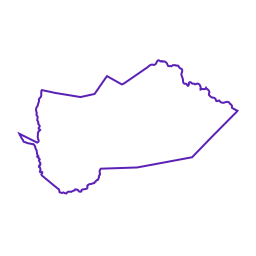 outline of Baianópolis, Bahia, Brazil, rotated 274°
{"feature_id": "56859067B57298755452364", "entity_name": "Baianópolis", "entity_type": "district", "adm_level": 2, "iso_a3": "BRA", "parent_name": "Brazil", "parent_adm1": "Bahia", "projection": "orthographic", "projection_center": [-44.418, -12.672], "detail": "fine", "context": "isolated", "style": "outline", "palette": "violet", "viewbox_px": 256, "rotation_deg": 274, "n_neighbors": 0, "source": "geoboundaries", "source_scale": "gbopen_adm2", "svg_char_len": 4240}
<svg xmlns="http://www.w3.org/2000/svg" viewBox="0 0 256 256"><g transform="rotate(274 128 128)"><path d="M159.8,39.4L158.9,39.0L157.7,39.0L156.4,39.0L155.3,39.2L154.3,39.2L153.4,39.0L152.4,38.5L151.4,37.7L150.6,37.1L150.0,37.1L149.3,37.3L148.4,37.3L147.5,37.1L146.6,36.9L145.5,36.5L144.7,36.5L144.0,36.4L143.0,35.8L142.1,35.3L141.1,35.1L140.0,34.9L139.2,35.0L138.3,35.4L137.2,35.7L136.6,36.0L135.9,35.8L135.0,35.7L133.9,36.2L133.2,37.0L132.1,37.1L131.0,37.0L130.2,36.9L129.4,36.9L128.8,37.4L128.0,37.9L126.9,38.2L126.0,38.1L125.4,38.6L124.8,39.2L124.2,39.6L123.3,39.8L122.5,39.3L121.8,38.9L121.0,39.0L120.6,39.7L120.0,40.5L119.5,40.0L118.9,39.8L118.6,39.1L117.7,38.9L116.7,38.4L115.7,38.6L114.9,38.6L114.0,38.6L113.1,38.5L112.0,38.7L111.2,39.0L110.4,39.2L109.6,39.7L108.2,39.7L107.5,39.1L107.1,38.4L114.7,20.0L113.6,20.6L112.5,21.4L111.4,22.0L110.4,22.6L109.5,23.3L108.5,24.2L107.4,24.6L106.8,25.3L106.7,26.2L106.5,27.1L106.2,27.8L106.0,28.5L105.7,29.8L105.7,31.2L105.5,32.1L105.3,33.3L105.3,34.8L104.6,35.5L104.0,36.1L102.9,36.7L101.8,36.9L101.2,37.3L100.3,37.6L99.6,38.3L98.3,38.6L97.1,38.9L95.8,39.1L95.2,39.4L94.2,39.7L93.7,40.5L92.9,40.6L92.7,39.9L91.9,40.8L91.3,41.6L90.4,42.1L89.6,41.4L88.5,41.9L87.5,42.4L86.9,43.0L85.8,43.2L85.2,42.5L84.4,42.7L83.7,41.8L83.0,41.9L82.4,42.8L81.4,43.4L80.2,43.5L79.2,43.7L78.6,43.1L77.9,43.4L77.9,44.2L77.9,45.5L76.8,45.5L75.7,44.8L74.7,45.3L64.4,59.7L63.9,60.5L62.9,61.9L61.9,63.4L59.1,64.3L58.6,66.5L58.8,67.3L59.2,67.9L59.0,68.7L58.6,69.5L58.5,70.2L58.4,71.1L59.8,72.0L60.3,72.9L60.3,73.9L60.5,74.7L60.3,75.7L60.9,76.6L61.3,77.4L61.8,78.3L62.1,79.2L63.0,79.5L63.1,80.5L62.9,81.3L62.8,82.2L62.1,82.8L61.3,83.4L61.2,84.3L61.1,85.0L61.5,85.9L62.3,85.9L63.0,86.1L63.4,86.8L63.7,87.9L64.0,89.1L64.3,90.3L64.7,91.2L65.3,91.6L66.2,91.7L67.4,91.4L68.1,91.7L68.5,92.4L69.2,93.2L69.4,94.0L69.5,94.7L69.7,95.6L70.2,96.3L70.4,97.2L70.7,98.2L71.6,98.5L72.2,99.4L73.2,99.9L73.9,100.7L74.3,101.7L75.2,101.9L75.9,102.2L77.0,102.5L77.8,102.3L78.5,102.5L79.1,103.0L79.8,103.3L80.8,103.2L81.4,102.9L82.3,102.8L83.4,102.7L84.4,103.1L85.5,103.7L89.3,140.1L89.9,142.2L90.3,143.9L103.3,194.0L123.2,210.7L147.6,231.7L151.0,234.7L152.8,236.0L153.1,235.4L153.4,234.4L154.0,233.4L154.4,232.5L154.8,231.4L155.3,230.4L156.1,230.2L156.9,230.2L157.7,230.0L158.4,229.3L159.0,228.6L159.4,227.8L160.4,227.2L160.9,226.5L161.0,225.6L160.9,224.5L160.3,222.7L159.8,221.6L159.8,220.6L160.0,219.3L160.6,218.2L161.3,217.5L161.8,217.0L161.5,216.1L161.0,215.1L161.1,214.2L162.0,213.7L163.2,213.2L163.7,212.6L164.2,211.5L164.2,210.4L164.4,209.4L165.0,208.3L165.7,207.5L166.3,206.7L167.0,206.4L167.8,206.4L168.6,206.5L169.4,206.7L170.3,206.4L171.0,205.9L171.6,205.3L172.0,204.7L172.5,204.1L172.8,203.4L173.5,203.0L172.4,202.4L172.1,201.4L172.1,200.1L172.1,199.1L171.7,198.4L171.4,197.7L172.4,197.5L173.4,197.7L174.2,197.5L174.8,197.2L175.6,196.8L176.3,196.3L176.8,195.5L177.2,194.3L177.0,193.5L176.6,192.9L176.2,191.8L176.9,190.7L176.7,189.2L177.1,188.3L177.6,187.9L178.0,187.3L178.0,186.5L177.6,185.8L176.8,185.6L175.4,185.6L174.8,185.5L174.3,184.9L175.1,183.9L175.9,183.4L176.2,182.6L176.1,181.8L176.2,180.9L177.2,180.0L178.2,179.7L179.8,179.5L180.8,179.2L181.8,178.9L182.8,178.4L183.5,178.0L184.8,177.6L186.0,177.5L186.8,177.8L187.6,178.0L188.4,178.1L189.2,178.0L190.0,177.9L190.6,177.4L191.1,176.2L191.5,175.3L192.2,174.7L192.9,174.4L193.6,173.7L193.8,172.5L193.5,171.7L193.9,171.0L194.0,170.2L193.9,169.4L193.8,168.5L193.4,167.9L192.7,167.1L192.8,166.1L192.6,165.3L192.5,164.6L192.7,163.7L193.7,163.1L194.4,162.7L195.1,162.4L195.8,161.7L196.2,161.1L196.7,160.5L197.0,159.4L196.6,158.2L197.1,157.5L197.1,156.8L196.6,156.3L197.0,155.3L197.6,154.2L197.6,153.3L196.9,152.6L196.0,152.2L195.3,151.8L194.4,151.5L193.4,150.9L193.0,150.2L192.7,149.3L192.8,148.6L193.0,147.7L192.8,146.9L192.5,146.1L191.8,145.1L190.0,143.3L184.5,136.4L172.1,120.8L171.6,120.1L171.1,118.7L178.3,103.4L177.6,103.0L176.8,102.5L176.2,102.1L175.4,101.6L174.1,100.9L173.3,100.4L172.4,99.8L171.1,99.1L170.1,98.5L169.3,98.0L168.7,97.6L167.8,97.1L166.6,96.4L165.5,95.8L164.7,95.3L164.1,95.0L163.4,94.5L162.4,93.9L161.3,93.3L160.6,92.9L159.6,92.2L155.5,78.3L155.7,77.0L157.9,53.0L158.3,50.2L158.6,48.2L159.8,39.4Z" fill="none" stroke="#5b21b6" stroke-width="2"/></g></svg>